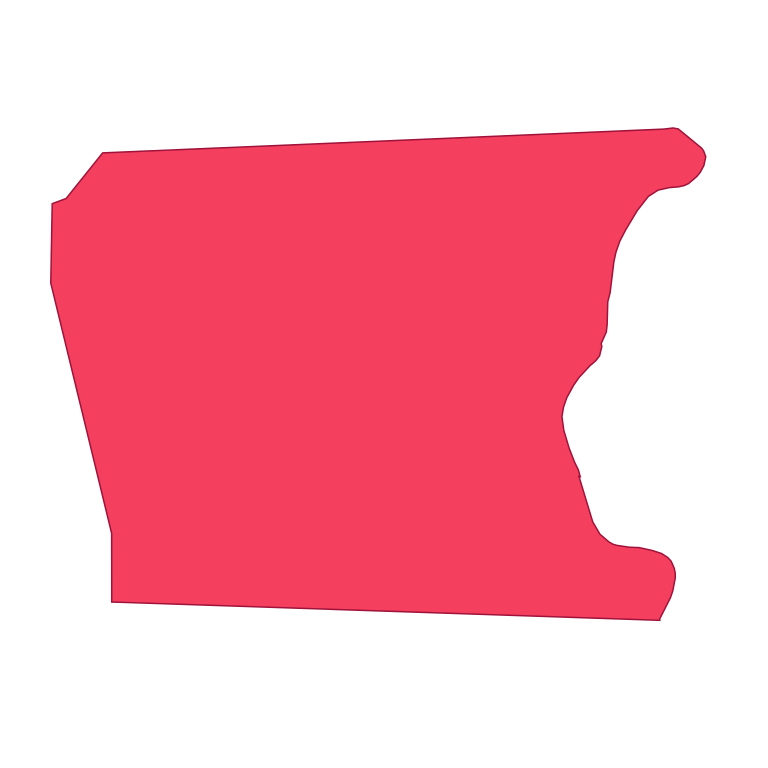 outline of Adams, Ohio, United States of America, rotated 268°
{"feature_id": "52423323B26888190258650", "entity_name": "Adams", "entity_type": "district", "adm_level": 2, "iso_a3": "USA", "parent_name": "United States of America", "parent_adm1": "Ohio", "projection": "albers", "projection_center": [-83.481, 38.826], "detail": "fine", "context": "isolated", "style": "filled", "palette": "rose", "viewbox_px": 768, "rotation_deg": 268, "n_neighbors": 0, "source": "geoboundaries", "source_scale": "gbopen_adm2", "svg_char_len": 972}
<svg xmlns="http://www.w3.org/2000/svg" viewBox="0 0 768 768"><g transform="rotate(268 384 384)"><path d="M175.6,104.3L138.2,651.4L139.7,651.4L160.4,662.8L167.2,665.4L179.9,668.3L184.7,668.5L189.8,667.6L194.2,665.9L197.0,664.7L200.6,661.6L204.9,655.5L208.2,646.5L211.6,633.3L212.3,623.6L214.6,611.1L215.9,607.2L218.3,603.3L226.3,594.6L238.9,587.8L284.9,575.6L284.5,576.9L291.2,575.3L299.3,571.7L313.4,566.8L331.3,562.1L345.2,560.7L354.6,562.6L363.9,566.2L376.2,573.5L383.9,579.3L395.2,590.6L400.0,596.6L404.6,600.4L413.8,603.0L416.9,602.5L428.2,608.0L435.6,609.1L458.3,610.5L467.5,613.2L498.1,618.0L507.6,620.4L518.4,624.6L529.9,631.1L548.4,643.1L562.3,654.8L568.2,664.7L570.3,676.0L570.8,685.6L571.9,691.1L573.7,695.4L580.5,703.9L584.6,707.5L591.2,711.3L599.9,713.5L605.9,711.5L608.6,709.7L628.7,686.9L629.6,682.4L629.8,682.2L629.0,672.6L624.8,110.9L580.5,72.8L575.8,58.7L496.5,54.5L244.2,106.6L175.6,104.3Z" fill="#f43f5e" stroke="#9f1239" stroke-width="1.5"/></g></svg>